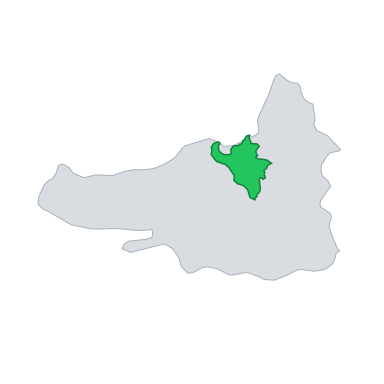 where Azua sits in Dominican Republic, rotated 170°
{"feature_id": "DOM-1974", "entity_name": "Azua", "entity_type": "Province", "adm_level": 1, "iso_a3": "DOM", "parent_name": "Dominican Republic", "parent_adm1": "", "projection": "mercator", "projection_center": [-70.822, 18.624], "detail": "fine", "context": "in_parent", "style": "filled", "palette": "green", "viewbox_px": 384, "rotation_deg": 170, "n_neighbors": 0, "source": "natural_earth", "source_scale": "10m", "svg_char_len": 2795}
<svg xmlns="http://www.w3.org/2000/svg" viewBox="0 0 384 384"><g transform="rotate(170 192 192)"><path d="M57.7,257.5L58.1,242.9L60.4,237.0L58.3,230.7L49.0,224.1L43.3,215.6L38.3,208.0L39.4,206.9L49.5,206.6L53.0,203.8L59.9,196.1L61.2,189.8L60.7,185.1L56.2,179.5L54.5,173.5L60.0,168.3L67.1,160.7L68.1,157.8L67.9,154.9L59.6,146.9L59.0,143.5L62.9,134.8L62.5,129.1L58.7,111.1L56.8,108.4L60.5,106.9L63.0,101.5L66.2,96.8L70.5,94.2L75.4,92.6L85.2,92.7L98.6,96.9L102.5,96.8L115.4,93.0L126.1,90.9L136.2,93.3L140.3,96.6L148.6,101.7L152.8,103.3L166.0,103.2L169.6,103.7L180.7,112.2L190.0,115.6L195.4,115.7L205.1,112.5L209.9,112.5L215.4,119.9L216.5,130.2L221.1,139.7L228.1,145.7L263.0,143.2L270.7,148.2L268.1,152.3L263.1,154.5L246.6,153.5L239.4,154.0L237.9,158.1L237.9,161.9L247.6,162.8L257.0,164.7L266.7,167.7L276.6,169.8L287.6,171.2L298.5,173.4L316.7,180.8L336.8,197.7L342.2,201.5L345.7,206.8L344.1,213.3L336.9,224.0L332.8,227.4L326.9,229.5L322.8,233.8L318.9,241.3L316.5,241.9L313.7,241.6L308.9,237.4L305.4,230.9L295.7,224.8L284.2,225.6L267.2,222.0L256.9,223.8L246.6,224.2L236.1,222.3L225.5,221.7L215.0,224.0L204.7,227.9L200.9,230.4L194.4,236.4L190.9,238.7L166.0,241.7L158.8,237.3L152.1,231.2L142.5,230.4L128.6,235.1L119.9,236.8L116.4,238.8L115.4,241.1L115.3,249.6L113.4,254.7L99.8,274.2L92.2,287.9L89.0,292.1L85.4,293.1L78.7,285.2L74.5,282.3L69.2,280.9L67.0,276.7L67.1,270.7L65.7,265.0L62.4,260.4L57.7,257.5Z" fill="#d9dde1" stroke="#a8b0b8" stroke-width="1"/><path d="M157.6,236.9L156.5,236.2L156.1,235.4L156.3,234.5L156.8,234.1L157.4,233.8L157.8,233.2L158.2,231.4L158.3,229.5L158.1,227.9L157.6,226.8L155.7,224.5L154.6,223.7L152.7,222.9L151.0,222.6L148.9,222.4L147.1,222.9L146.4,224.4L146.7,226.3L146.5,227.0L144.0,229.5L143.3,229.9L142.4,230.2L141.4,230.2L139.6,229.6L138.9,229.5L138.2,229.8L137.1,230.6L136.3,230.8L135.2,230.7L134.8,230.9L134.0,231.7L133.8,232.0L133.2,233.1L133.1,233.5L132.9,233.8L131.8,234.2L131.4,234.4L129.1,237.1L127.9,237.8L126.0,238.0L125.2,237.8L126.4,235.6L125.8,232.8L125.5,230.9L125.7,229.6L123.2,229.0L120.5,228.3L119.5,227.9L118.7,227.3L118.3,226.2L117.9,225.2L120.5,223.0L122.1,220.8L121.9,218.0L121.0,216.5L122.8,215.8L122.8,214.3L120.6,212.8L118.0,212.3L112.7,210.5L108.7,206.4L112.4,205.4L114.6,202.1L116.0,201.6L117.6,200.9L117.4,199.7L116.8,198.7L117.7,197.5L117.8,196.4L117.3,193.1L120.0,192.2L120.7,193.8L121.9,194.3L123.1,193.2L123.7,191.6L123.8,187.1L124.3,182.7L125.4,180.5L127.4,179.0L128.6,177.9L128.9,176.1L130.7,175.3L131.4,173.4L135.8,176.4L136.8,184.6L140.3,189.5L145.5,192.1L148.7,196.0L147.5,201.0L149.9,205.8L151.6,210.3L152.9,211.0L153.5,212.4L155.0,213.8L156.9,214.5L159.7,216.3L162.4,217.7L164.2,220.7L166.0,224.4L166.6,226.0L165.8,227.6L165.1,230.0L165.3,232.5L162.3,236.0L157.6,236.9Z" fill="#22c55e" stroke="#15803d" stroke-width="1.5"/></g></svg>